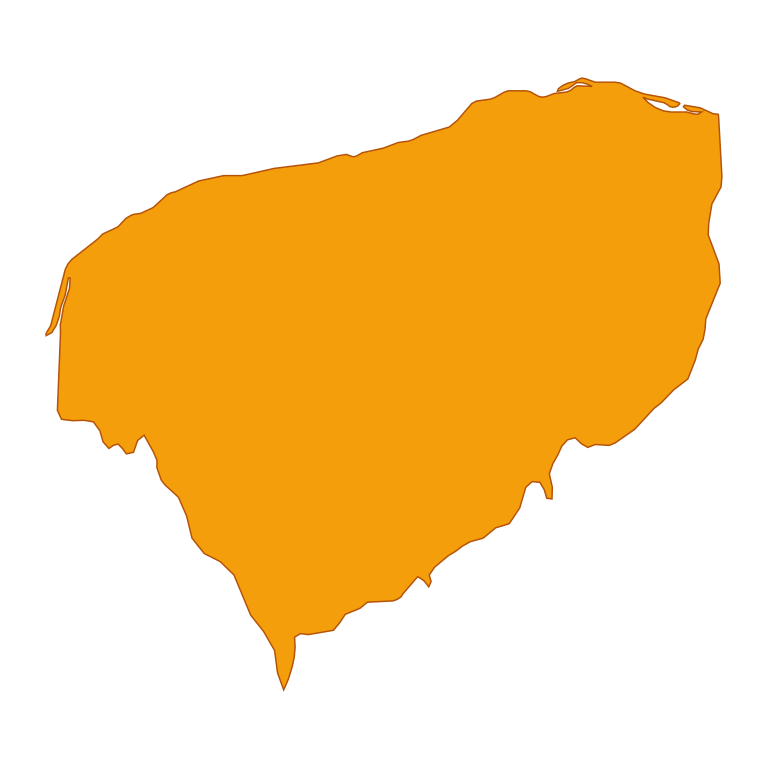 SVG path tracing the border of Yucatán
{"feature_id": "MEX-2737", "entity_name": "Yucatán", "entity_type": "State", "adm_level": 1, "iso_a3": "MEX", "parent_name": "Mexico", "parent_adm1": "", "projection": "equal_earth", "projection_center": [-88.855, 20.634], "detail": "fine", "context": "isolated", "style": "filled", "palette": "amber", "viewbox_px": 768, "rotation_deg": 0, "n_neighbors": 0, "source": "natural_earth", "source_scale": "10m", "svg_char_len": 2565}
<svg xmlns="http://www.w3.org/2000/svg" viewBox="0 0 768 768"><path d="M60.3,324.2L60.7,323.1L63.6,306.3L69.5,288.4L70.2,278.0L68.4,278.0L65.2,295.0L61.0,306.6L60.4,308.9L59.3,316.4L56.3,325.2L51.8,332.6L46.1,335.6L46.1,333.4L50.7,325.6L65.3,269.3L67.8,264.2L71.8,259.4L97.9,238.9L102.7,234.0L117.9,226.9L125.9,218.4L130.9,215.4L133.7,214.4L140.8,213.3L153.1,207.6L167.1,194.7L171.1,192.8L175.3,191.8L198.6,181.0L223.7,175.6L242.1,175.6L274.2,168.4L318.2,162.9L337.2,155.9L346.4,154.4L352.0,156.5L354.4,156.7L356.7,155.9L361.6,153.1L363.2,152.5L383.0,148.2L398.3,142.5L408.6,141.1L413.0,139.6L421.2,135.3L449.3,127.0L457.4,120.3L471.8,103.5L476.3,101.1L490.7,99.1L495.2,97.3L503.7,92.4L508.2,90.8L526.4,90.8L530.3,91.8L538.2,96.2L542.3,97.2L546.4,96.5L553.9,93.6L566.7,92.0L570.8,90.3L573.9,87.5L577.3,85.8L592.2,86.4L587.6,84.2L582.0,82.6L576.6,82.7L568.6,88.3L559.3,90.9L557.4,91.2L558.5,88.6L563.2,85.2L568.3,83.0L574.6,81.6L579.7,78.8L581.8,78.1L585.2,78.7L595.3,82.2L615.2,82.2L620.6,83.1L635.0,90.8L644.7,94.1L665.1,97.8L679.0,102.7L679.8,103.7L677.8,105.8L675.5,106.9L672.5,107.2L669.7,106.5L667.5,104.7L664.0,102.7L647.8,99.1L642.9,97.2L648.5,102.9L655.5,107.6L663.2,110.8L670.7,112.0L686.6,112.0L694.0,114.0L697.8,114.3L701.7,112.0L691.8,111.5L687.1,109.9L683.4,106.8L684.6,105.2L700.1,107.8L713.0,113.7L718.3,114.3L718.7,118.4L721.9,176.6L721.0,187.0L711.9,204.0L708.7,223.3L708.2,234.9L719.0,263.9L720.2,283.2L705.8,318.9L705.0,329.4L703.1,339.3L698.2,349.1L695.2,360.3L687.8,379.0L673.7,389.8L661.5,402.5L653.8,408.6L634.7,429.3L615.2,442.9L609.3,445.4L595.3,444.5L587.8,447.4L581.5,443.8L575.2,437.8L567.5,439.8L561.8,446.1L558.0,454.6L552.8,463.8L549.3,473.8L552.3,487.2L552.0,498.9L546.8,498.3L544.2,489.6L539.8,482.3L532.2,481.6L525.8,487.2L519.7,508.0L509.2,523.7L495.7,527.8L483.2,538.1L470.2,541.7L462.6,546.0L455.3,551.5L448.3,555.7L434.6,567.2L429.2,575.0L431.1,581.5L428.8,586.8L423.8,580.6L417.7,576.6L403.2,593.5L401.0,596.9L397.2,599.4L393.1,600.9L367.4,602.2L360.0,608.3L345.3,614.3L339.8,622.6L333.4,630.3L308.3,634.6L300.5,633.6L294.6,637.1L295.1,647.5L294.2,657.4L292.0,667.4L288.4,679.0L283.7,689.9L277.5,672.7L274.6,650.5L263.7,631.6L250.7,615.2L234.0,575.0L220.2,561.6L204.2,553.5L192.0,538.1L186.6,515.9L178.4,497.2L165.0,484.9L161.3,480.2L156.9,467.7L157.0,460.3L153.3,451.7L144.1,435.2L137.6,440.5L133.5,452.3L126.4,453.9L122.5,448.6L118.1,444.0L113.2,445.4L109.0,448.5L103.1,441.9L99.9,430.8L93.5,421.9L84.0,420.3L72.5,420.7L61.5,419.3L57.4,410.4L60.5,333.1L60.3,324.2Z" fill="#f59e0b" stroke="#b45309" stroke-width="1.5"/></svg>